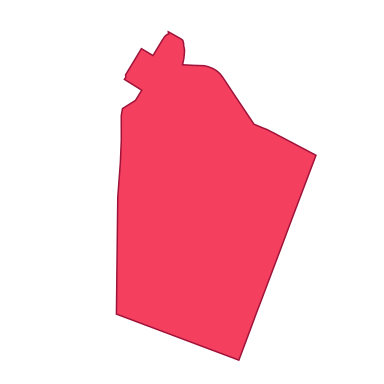 the district of Tevragh Zein, Nouakchott, Mauritania, rotated 201°
{"feature_id": "47542326B736390613482", "entity_name": "Tevragh Zein", "entity_type": "district", "adm_level": 2, "iso_a3": "MRT", "parent_name": "Mauritania", "parent_adm1": "Nouakchott", "projection": "mercator", "projection_center": [-15.996, 18.127], "detail": "fine", "context": "isolated", "style": "filled", "palette": "rose", "viewbox_px": 384, "rotation_deg": 201, "n_neighbors": 0, "source": "geoboundaries", "source_scale": "gbopen_adm2", "svg_char_len": 785}
<svg xmlns="http://www.w3.org/2000/svg" viewBox="0 0 384 384"><g transform="rotate(201 192 192)"><path d="M271.6,333.1L270.5,331.1L271.9,329.9L273.2,327.4L274.3,322.5L277.3,305.4L290.6,307.7L296.0,277.5L294.9,275.5L295.5,272.9L275.4,269.0L277.6,257.3L286.8,245.0L285.4,237.9L276.5,214.8L269.5,194.0L259.4,160.4L218.8,50.9L88.0,51.8L88.3,88.0L88.5,102.5L88.5,112.5L88.8,170.4L89.1,202.3L89.4,270.7L132.1,275.8L136.5,276.4L139.2,276.6L144.3,277.2L149.5,277.2L158.4,277.5L187.9,298.3L204.7,310.3L208.0,312.3L211.5,313.7L213.9,314.3L217.2,314.8L221.5,314.8L225.9,314.3L235.9,310.8L246.4,307.4L247.5,314.0L249.1,319.7L250.0,322.2L251.6,324.8L252.4,325.9L252.9,327.4L254.6,329.9L255.4,330.5L257.8,331.1L271.4,333.1L271.6,333.1Z" fill="#f43f5e" stroke="#9f1239" stroke-width="1.5"/></g></svg>